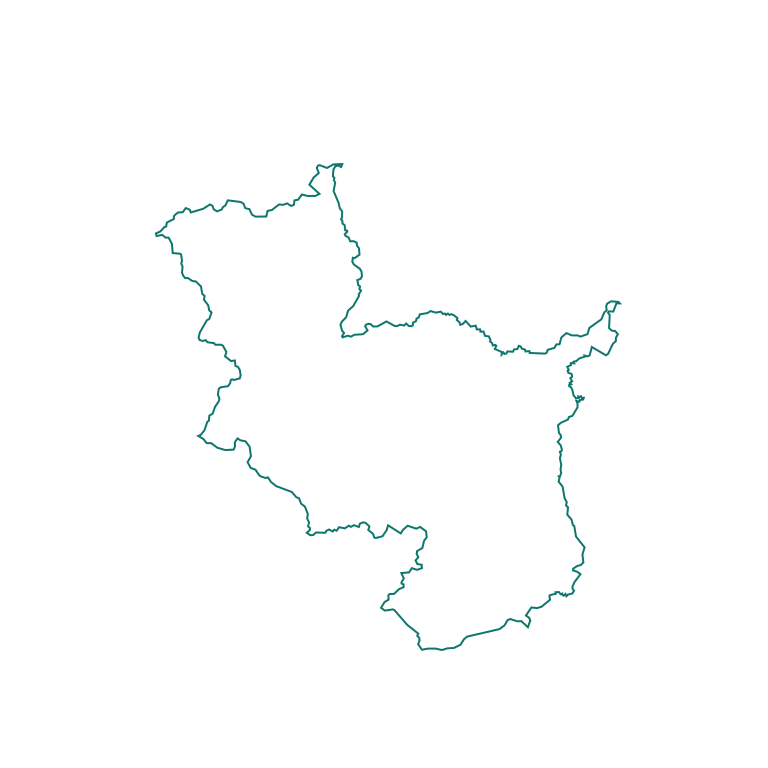 outline of Gonzalo Pizarro, Sucumbios, Ecuador, rotated 34°
{"feature_id": "8360857B84387334952145", "entity_name": "Gonzalo Pizarro", "entity_type": "district", "adm_level": 2, "iso_a3": "ECU", "parent_name": "Ecuador", "parent_adm1": "Sucumbios", "projection": "mercator", "projection_center": [-77.563, 0.112], "detail": "fine", "context": "isolated", "style": "outline", "palette": "teal", "viewbox_px": 768, "rotation_deg": 34, "n_neighbors": 0, "source": "geoboundaries", "source_scale": "gbopen_adm2", "svg_char_len": 6153}
<svg xmlns="http://www.w3.org/2000/svg" viewBox="0 0 768 768"><g transform="rotate(34 384 384)"><path d="M534.4,185.3L532.4,184.9L526.1,188.4L524.1,192.5L524.7,195.3L527.5,198.5L526.6,201.1L528.0,209.0L522.9,222.6L524.8,228.9L520.4,234.8L517.2,235.5L512.5,238.7L506.8,239.8L505.0,246.3L507.3,252.9L504.7,254.9L505.1,258.7L500.6,264.1L501.4,267.4L500.3,268.9L487.4,276.8L486.2,275.4L483.1,277.9L481.7,276.6L478.4,277.6L476.5,276.5L474.5,276.9L475.0,280.6L472.5,282.5L472.9,285.1L468.1,288.0L468.5,290.2L467.3,291.5L465.4,291.1L465.1,293.8L463.8,291.6L456.3,293.0L455.7,289.5L454.3,289.4L452.6,291.3L450.9,289.6L448.2,289.5L447.6,287.9L444.3,285.9L440.9,287.6L437.2,284.9L434.7,286.7L433.2,285.0L430.4,286.8L427.4,284.4L423.8,287.9L416.4,286.1L415.8,290.0L414.2,292.3L411.9,290.6L408.5,290.2L408.1,288.3L403.4,287.9L400.7,288.5L399.7,290.1L397.6,289.9L396.8,292.0L395.0,291.6L393.7,293.0L390.6,292.3L387.1,295.8L381.8,297.5L380.5,300.7L374.7,306.3L375.6,309.3L374.4,311.7L375.4,313.9L373.7,317.1L375.1,319.1L374.6,320.6L372.2,322.0L368.5,321.5L368.1,324.2L364.1,325.9L362.5,328.7L360.5,329.9L351.0,330.8L346.4,339.9L342.9,342.4L339.4,341.8L337.8,342.5L336.0,344.6L336.0,346.6L340.4,348.8L338.7,354.5L332.0,359.7L330.0,363.3L327.0,364.2L323.7,368.4L322.5,367.9L322.4,364.1L319.4,363.2L314.8,359.3L314.2,355.9L315.3,349.8L313.2,343.4L314.9,336.4L314.0,324.9L312.9,323.9L312.8,319.4L310.4,319.0L309.7,316.6L307.2,316.3L303.8,312.7L305.7,310.0L305.6,307.1L302.7,303.6L299.7,302.0L292.3,301.8L289.4,300.4L287.6,296.8L289.1,296.3L291.4,290.5L287.4,285.5L284.2,284.4L282.3,282.1L278.9,282.6L276.2,284.6L272.7,282.3L269.3,282.7L267.7,281.8L268.4,278.2L267.5,277.5L265.9,278.3L262.5,274.3L259.8,274.2L258.4,272.1L256.2,271.4L256.2,269.6L252.8,264.3L249.2,263.1L245.0,259.2L234.3,252.2L230.9,244.3L228.3,243.0L227.7,240.9L225.5,240.4L222.2,234.6L221.9,230.7L223.8,228.5L227.1,228.1L226.4,225.0L219.3,230.2L215.9,236.8L208.4,238.5L207.2,239.7L207.5,242.5L212.0,245.6L210.2,252.1L210.7,260.5L224.2,262.5L221.8,266.6L215.4,270.9L210.0,272.8L209.7,279.2L207.1,281.9L209.1,285.9L207.4,288.3L202.6,288.5L200.4,291.7L196.6,293.9L193.7,302.6L190.7,305.5L192.7,311.0L183.9,317.1L179.8,317.4L174.6,314.3L170.7,315.8L166.7,313.1L163.5,313.2L151.8,319.1L152.7,324.8L151.5,327.6L151.9,330.0L149.1,334.2L145.1,334.4L142.1,332.2L139.3,332.5L136.1,339.9L127.9,349.8L125.6,348.1L121.3,349.0L121.1,354.1L117.3,357.0L116.4,359.9L116.0,362.3L117.5,364.8L113.7,371.6L115.4,375.3L114.2,376.5L113.3,382.6L110.7,386.7L112.7,388.5L116.9,384.3L121.0,384.8L123.6,383.1L129.9,386.5L135.6,393.6L142.4,389.9L143.6,390.4L147.9,395.1L148.5,397.5L151.5,399.5L154.1,404.4L156.7,406.4L159.9,407.4L162.3,405.8L167.5,405.8L170.6,404.2L177.8,405.5L182.8,410.8L186.1,411.4L187.6,414.8L194.2,417.0L198.0,420.7L201.0,421.1L202.8,427.7L201.5,430.4L202.5,444.2L204.4,449.3L206.4,450.6L209.5,449.8L211.7,447.3L214.2,448.1L220.2,445.2L222.2,445.8L226.8,442.6L229.0,442.3L235.4,445.6L236.8,450.0L244.4,450.5L247.2,447.9L250.8,452.1L253.5,451.5L256.7,453.1L260.3,457.0L261.3,460.0L257.2,464.7L255.5,465.0L254.7,466.5L256.0,469.2L255.9,473.0L250.4,478.1L249.7,480.4L252.3,485.8L255.7,488.1L256.7,490.8L256.7,497.3L258.5,504.4L256.9,507.9L259.3,512.3L258.7,514.3L261.0,522.8L260.5,528.8L259.1,530.9L265.2,530.6L269.9,532.2L273.8,529.7L281.5,530.0L289.4,527.5L296.1,522.4L295.3,518.9L292.9,515.7L293.0,511.0L296.4,511.0L301.2,509.0L307.6,511.1L314.1,518.3L314.6,525.1L320.5,528.1L325.3,526.9L331.5,529.4L334.0,529.4L338.3,528.2L340.0,526.3L345.1,528.4L351.7,529.0L367.8,525.1L374.7,526.9L377.3,526.2L382.2,529.6L386.9,529.8L393.5,534.3L395.6,538.6L399.2,540.6L400.7,544.5L403.3,544.9L404.2,546.6L403.2,550.5L407.4,550.6L409.7,548.9L410.7,545.1L418.5,540.2L418.3,537.8L419.9,535.3L424.0,534.9L424.2,532.6L426.8,532.1L426.8,527.9L432.3,525.5L434.1,521.1L436.4,521.0L438.1,517.8L443.1,516.6L442.1,513.2L443.9,510.6L446.1,509.4L451.5,510.2L452.6,513.8L458.7,514.4L461.8,516.7L463.4,516.2L467.9,511.1L467.9,503.4L466.4,498.9L481.5,498.5L481.3,494.3L482.9,488.3L491.6,485.9L493.9,482.3L501.2,482.6L505.1,487.1L504.9,491.6L507.5,498.5L504.9,504.0L506.1,506.6L509.3,508.4L508.8,512.6L512.4,514.6L516.3,512.8L518.4,515.4L515.3,519.6L510.1,521.1L510.1,526.2L504.1,531.0L509.1,534.1L509.5,538.8L510.2,539.6L512.3,539.2L513.8,541.5L511.1,545.8L509.7,552.4L506.0,555.1L505.9,557.0L508.4,560.2L506.4,564.4L506.7,571.2L511.4,571.4L517.4,565.9L518.9,565.6L538.0,570.7L552.0,571.8L552.4,574.2L555.1,574.7L556.8,576.6L557.8,580.6L564.1,583.1L568.0,579.1L574.9,574.4L580.7,572.2L584.4,567.7L589.6,563.7L593.2,557.3L593.0,550.9L594.2,546.9L616.8,522.6L618.9,516.7L618.5,510.6L620.2,508.2L627.2,506.2L630.5,503.8L639.3,505.2L637.5,498.2L635.0,496.7L631.1,496.5L631.2,486.8L636.2,484.2L639.2,480.5L642.3,469.9L639.7,467.4L639.7,466.1L643.7,461.9L642.6,460.8L645.2,458.7L647.9,459.5L649.0,458.0L650.0,459.1L651.4,459.0L651.9,456.6L653.9,457.9L654.3,455.7L657.3,452.3L657.2,449.1L654.6,448.2L653.6,446.6L652.7,441.9L653.2,431.8L649.5,431.6L644.8,432.8L644.1,431.3L645.9,426.9L648.4,424.0L649.1,420.5L643.8,414.3L641.7,407.3L628.5,403.1L621.1,395.3L619.5,395.3L615.3,391.6L609.0,389.8L605.5,383.3L602.9,383.0L601.6,379.8L597.7,377.8L589.4,369.2L583.4,367.3L581.8,363.2L580.5,362.9L581.5,361.7L580.6,358.6L578.3,356.3L576.1,351.9L571.3,347.1L570.2,343.7L567.7,341.8L568.7,340.4L568.2,338.9L564.7,336.0L560.4,334.9L560.8,329.7L559.3,327.7L556.3,326.6L551.3,320.9L552.4,317.1L556.4,310.6L555.8,307.9L558.0,305.1L557.5,295.1L555.2,291.8L553.0,290.4L555.9,289.4L555.3,287.8L557.8,285.5L557.3,283.7L555.6,284.9L554.1,284.0L553.5,285.4L552.0,285.6L553.1,286.9L551.3,288.5L547.4,287.4L543.4,283.5L541.0,282.2L538.6,282.2L537.9,280.8L539.4,279.6L537.4,279.0L538.5,276.6L535.2,275.0L535.9,272.9L534.7,271.3L533.3,270.8L530.7,271.7L528.8,270.3L529.3,269.0L526.3,267.3L528.4,263.8L527.2,262.3L529.9,260.6L528.6,260.2L529.1,258.9L530.5,257.8L531.7,253.4L535.1,249.2L534.2,248.3L537.2,247.4L538.5,245.3L535.6,237.1L551.9,236.1L552.9,233.6L551.3,222.8L552.2,218.6L550.5,216.3L550.0,211.9L545.9,210.8L543.1,212.4L539.3,211.8L532.6,200.6L529.9,199.7L529.8,198.1L533.6,195.7L531.6,187.2L534.4,185.3Z" fill="none" stroke="#0f766e" stroke-width="2"/></g></svg>